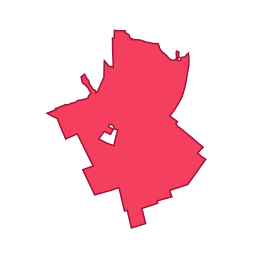 the district of Vinga, Arad, Romania, rotated 257°
{"feature_id": "2599482B39713020379937", "entity_name": "Vinga", "entity_type": "district", "adm_level": 2, "iso_a3": "ROU", "parent_name": "Romania", "parent_adm1": "Arad", "projection": "orthographic", "projection_center": [21.198, 46.036], "detail": "fine", "context": "isolated", "style": "filled", "palette": "rose", "viewbox_px": 256, "rotation_deg": 257, "n_neighbors": 0, "source": "geoboundaries", "source_scale": "gbopen_adm2", "svg_char_len": 5005}
<svg xmlns="http://www.w3.org/2000/svg" viewBox="0 0 256 256"><g transform="rotate(257 128 128)"><path d="M90.4,193.7L90.7,194.0L91.4,194.8L91.5,194.9L91.5,195.2L91.5,195.4L91.5,195.7L91.5,195.8L91.5,196.0L91.8,196.2L92.5,196.9L93.6,196.0L94.9,195.0L96.1,194.0L97.3,193.0L98.8,191.9L100.6,190.6L102.0,189.6L103.2,188.7L104.2,188.0L105.6,186.9L106.1,186.5L106.9,185.9L107.6,185.3L108.9,184.4L110.4,183.3L111.9,182.2L112.0,182.1L112.2,181.9L112.4,181.7L112.5,181.6L112.9,181.3L113.7,180.8L114.2,180.4L115.7,179.1L117.4,177.8L117.5,177.3L117.6,177.1L118.0,176.9L118.7,176.7L120.1,176.2L121.3,175.5L122.1,176.6L123.0,177.7L123.5,177.3L124.8,176.2L127.4,173.8L129.1,172.3L129.8,171.6L130.4,171.5L130.5,171.7L131.1,172.4L132.1,173.6L133.1,174.9L134.1,176.1L135.2,177.4L136.2,178.4L137.4,179.6L139.2,181.3L140.4,182.5L141.4,183.3L142.4,184.2L144.1,185.7L145.8,187.1L146.8,188.0L148.2,188.8L151.9,190.9L153.4,191.8L153.9,192.0L156.4,193.2L158.0,194.0L160.2,195.0L161.7,195.8L162.8,196.1L164.6,196.8L165.5,197.1L167.1,197.8L169.2,198.7L171.1,199.5L173.8,200.7L175.2,201.3L175.3,201.4L175.7,201.4L177.2,201.8L179.2,202.4L180.6,202.6L183.1,203.1L184.1,203.4L187.1,203.5L187.3,203.6L187.2,203.3L186.7,202.4L186.3,201.8L185.2,200.4L184.6,199.6L184.5,199.1L184.6,197.9L184.6,196.8L184.7,196.0L184.7,195.6L184.6,195.4L184.2,195.3L183.7,195.1L183.1,194.9L182.5,194.7L182.1,194.5L181.9,194.2L182.0,193.5L182.0,193.1L182.2,192.6L182.5,191.6L182.5,191.3L182.8,191.2L183.1,191.2L183.5,191.5L183.9,191.8L184.3,192.0L184.7,192.3L184.9,192.7L185.0,192.9L184.9,193.4L185.0,193.6L185.3,193.8L185.7,193.9L186.0,193.7L186.3,193.5L186.8,193.5L187.7,193.8L188.5,194.1L189.3,194.4L189.7,194.5L190.3,194.7L190.7,194.6L190.8,194.3L191.0,193.9L191.0,193.6L191.3,193.2L191.9,192.8L192.1,192.7L191.9,192.4L191.4,192.3L190.8,192.2L190.1,191.9L189.5,191.6L188.8,191.5L188.1,191.6L187.5,191.4L187.1,191.4L186.6,191.2L186.1,191.0L185.5,191.0L184.8,190.8L184.5,190.6L184.1,190.1L183.9,189.4L183.8,188.7L183.8,187.9L183.9,187.1L184.0,186.5L184.2,186.0L184.6,185.5L185.1,185.0L185.6,184.5L186.0,184.2L186.7,183.6L187.7,183.0L188.4,182.7L189.2,182.3L190.2,181.7L190.7,181.3L191.8,180.6L193.1,179.5L194.3,178.5L194.8,178.2L196.8,177.2L198.5,176.8L199.4,176.5L200.5,176.7L201.4,176.7L202.1,176.5L203.3,176.3L203.6,176.1L203.6,175.9L203.9,174.8L204.3,172.8L204.3,172.6L204.5,171.9L204.6,171.7L205.2,170.4L206.1,168.5L206.4,167.9L206.5,167.5L206.9,166.6L207.3,165.6L208.6,163.5L210.0,161.2L210.7,160.1L210.8,160.0L211.2,158.9L211.9,156.7L212.4,155.3L212.9,153.5L213.0,152.9L213.1,152.4L213.0,152.1L213.7,152.2L214.1,152.1L214.3,152.0L214.4,151.9L214.4,151.5L214.4,151.3L214.4,151.2L214.4,150.9L214.4,150.6L214.2,150.3L215.6,150.2L217.9,150.0L218.8,149.8L219.1,149.5L219.5,149.0L221.8,146.5L223.3,147.2L223.5,146.5L224.0,144.6L224.7,141.1L226.2,136.7L218.6,134.7L219.0,133.1L216.2,132.5L210.7,131.3L205.2,130.1L195.2,128.3L190.4,127.2L191.2,126.2L191.6,125.6L191.9,124.1L192.4,123.6L193.0,123.1L194.2,122.5L198.9,120.1L198.7,120.0L197.3,119.6L191.7,118.2L183.8,116.2L183.4,116.2L182.8,116.0L182.2,115.4L170.7,106.8L170.2,106.0L169.8,104.5L170.3,104.9L171.8,104.6L172.3,104.3L173.1,103.1L174.0,102.4L175.2,102.0L176.4,101.8L177.1,101.5L178.3,100.7L179.9,100.4L181.5,100.4L182.8,100.3L183.8,100.1L184.3,99.4L190.2,97.7L189.1,95.4L188.2,93.7L188.1,93.8L187.6,93.9L186.0,93.8L185.1,93.7L183.9,93.8L182.3,94.0L182.1,94.0L180.8,94.9L179.9,96.1L179.0,96.3L176.2,98.0L171.2,99.4L169.9,99.6L168.0,96.6L166.1,95.8L166.0,94.3L165.8,88.3L166.2,85.0L165.2,83.7L164.7,81.1L164.8,80.5L164.9,79.3L164.7,77.3L164.0,75.0L164.3,74.0L165.0,71.9L164.6,71.3L163.6,64.9L163.2,61.9L163.2,61.7L162.1,62.1L161.0,55.2L160.6,52.4L158.2,55.1L155.9,57.8L155.5,58.3L153.3,61.1L148.6,61.9L148.2,62.0L145.4,62.4L143.0,62.8L142.0,63.0L140.8,63.1L138.5,63.5L137.3,63.7L136.6,63.9L135.1,64.2L132.6,64.6L131.3,64.8L131.4,65.0L131.8,66.9L132.2,69.1L132.6,71.4L133.1,73.9L133.8,77.2L99.0,85.4L98.7,85.4L97.6,74.5L70.3,80.5L70.9,92.3L71.1,97.0L71.9,105.6L71.6,105.8L71.3,105.8L69.9,105.8L47.9,105.9L47.8,108.8L29.8,108.8L30.9,122.6L30.9,123.7L35.7,123.6L40.1,123.5L40.4,123.5L42.4,123.5L46.5,123.4L46.8,127.0L47.2,131.5L47.6,135.5L47.8,137.9L48.0,140.0L48.5,140.0L50.0,139.9L50.4,139.9L50.6,144.4L50.8,148.1L51.1,155.3L54.8,154.9L57.8,154.6L58.2,159.0L58.6,163.6L59.0,167.5L59.5,173.5L59.9,173.9L62.8,177.2L64.3,179.0L65.6,180.4L69.4,184.7L70.2,185.6L73.4,189.1L80.1,196.8L83.7,193.1L84.1,192.7L84.4,192.6L84.8,192.4L85.1,192.2L85.5,192.0L85.8,191.8L86.1,191.6L86.5,191.3L87.1,190.7L87.5,190.0L87.6,189.9L88.4,190.8L88.6,190.9L88.9,191.7L89.0,191.9L90.4,193.7ZM125.7,109.4L130.1,113.4L131.8,111.3L133.6,109.2L134.7,110.0L135.8,110.9L135.3,111.8L134.2,113.8L133.8,114.0L132.5,114.3L130.1,114.5L128.2,117.7L126.6,116.6L125.0,115.7L122.3,114.3L119.3,112.8L115.0,110.7L114.1,110.3L115.1,108.6L116.4,106.4L117.5,104.7L118.2,103.7L119.6,102.0L121.6,99.7L123.3,97.7L123.9,97.0L124.2,97.4L128.9,102.8L129.9,104.1L129.1,105.2L125.7,109.4Z" fill="#f43f5e" stroke="#9f1239" stroke-width="1.5"/></g></svg>